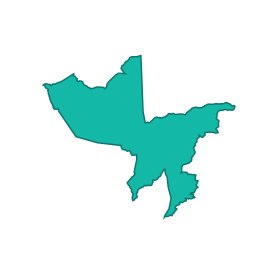 Caetité, Bahia, Brazil (orthographic projection), rotated 109°
{"feature_id": "56859067B25942812879091", "entity_name": "Caetité", "entity_type": "district", "adm_level": 2, "iso_a3": "BRA", "parent_name": "Brazil", "parent_adm1": "Bahia", "projection": "orthographic", "projection_center": [-42.469, -13.986], "detail": "fine", "context": "isolated", "style": "filled", "palette": "teal", "viewbox_px": 256, "rotation_deg": 109, "n_neighbors": 0, "source": "geoboundaries", "source_scale": "gbopen_adm2", "svg_char_len": 5710}
<svg xmlns="http://www.w3.org/2000/svg" viewBox="0 0 256 256"><g transform="rotate(109 128 128)"><path d="M128.4,209.5L129.5,208.0L129.8,207.2L130.7,207.0L131.6,206.1L132.1,205.3L132.8,205.4L132.8,204.6L133.6,204.6L134.2,203.9L133.8,203.0L133.7,201.9L133.1,201.0L132.5,200.3L134.9,198.7L149.2,179.6L153.1,174.3L151.9,152.3L146.8,128.8L147.7,128.5L148.6,127.9L149.3,127.2L150.1,126.0L149.8,125.1L149.7,124.0L149.7,122.8L150.1,122.0L150.0,120.8L149.4,120.1L149.0,119.2L149.5,118.2L150.3,117.7L152.4,115.4L152.3,114.7L151.6,113.2L150.5,111.2L155.3,109.4L165.0,108.2L168.1,107.7L168.3,107.0L169.1,106.5L170.1,106.7L171.3,107.1L172.3,107.6L173.1,108.3L174.4,108.6L175.0,108.8L175.9,109.5L176.8,109.6L177.8,110.0L178.5,110.4L179.2,110.7L180.0,110.9L180.6,110.5L181.7,109.1L182.6,107.4L183.3,107.1L184.4,105.6L184.6,105.0L185.2,104.4L186.5,104.3L187.3,103.8L188.1,102.5L188.6,102.0L189.2,101.6L191.9,101.5L192.5,101.4L195.1,100.0L194.6,99.2L194.2,98.8L193.3,98.7L192.7,98.4L192.1,97.9L191.3,97.5L190.4,96.8L187.9,98.4L187.0,98.6L186.5,98.3L185.6,98.0L183.8,98.5L182.6,98.0L181.7,97.6L180.9,96.6L180.2,96.1L179.6,95.4L179.1,95.0L178.5,94.2L177.5,94.0L176.9,93.4L176.7,92.8L176.7,91.9L176.1,91.1L175.7,90.5L175.2,88.3L174.6,87.3L173.7,86.9L173.0,87.0L172.3,86.9L170.9,86.9L170.3,87.0L169.7,87.6L169.0,87.4L168.9,86.2L168.2,85.0L167.5,84.2L166.2,83.3L164.5,83.0L163.0,81.7L162.0,81.5L161.2,81.9L160.5,81.7L159.5,81.3L156.8,80.8L155.6,80.4L155.0,79.9L159.8,77.2L161.5,75.1L170.8,70.7L180.3,64.4L191.2,62.9L198.8,64.6L200.6,64.5L199.8,64.1L199.3,63.4L198.5,61.2L196.5,59.8L196.8,58.7L196.5,57.8L196.0,57.6L195.0,57.9L194.0,57.7L193.6,57.0L192.2,56.6L191.4,56.5L189.2,55.5L188.4,55.7L188.8,56.5L188.8,57.3L187.9,57.5L187.0,57.5L186.4,57.3L185.1,56.3L184.6,55.9L184.2,55.1L183.7,54.6L183.1,54.4L182.4,54.4L181.9,55.1L181.2,54.7L180.7,52.1L179.7,51.7L178.8,50.7L178.0,49.3L176.9,49.5L176.5,50.1L176.0,50.8L175.5,49.9L175.4,47.8L174.7,47.1L174.5,45.5L174.0,44.6L172.6,43.8L172.7,42.9L171.9,42.3L171.5,43.1L171.8,43.7L171.5,44.3L170.5,44.2L169.7,44.3L169.5,44.9L169.8,46.0L170.4,47.5L169.6,47.2L168.6,47.2L168.0,45.4L167.5,44.4L163.2,43.9L162.3,43.4L161.7,42.9L161.2,42.6L160.8,43.4L160.5,44.3L159.8,45.2L158.7,44.7L157.1,44.8L155.6,44.5L155.0,44.8L155.5,46.2L155.6,47.0L155.1,47.6L154.4,47.6L153.2,48.2L152.5,48.5L150.6,48.4L150.5,49.3L151.5,53.8L151.6,54.7L152.4,56.0L151.1,57.4L150.9,58.3L151.3,60.2L151.7,61.1L151.8,61.8L152.1,62.4L153.2,63.1L151.4,63.2L149.9,63.6L148.9,64.1L147.4,64.3L146.4,64.4L145.1,64.0L144.5,63.5L143.3,61.6L142.7,60.8L141.8,60.0L141.0,58.6L139.5,58.1L138.8,57.4L138.0,57.3L135.9,57.9L134.7,57.9L130.5,56.7L129.8,56.5L128.9,56.7L127.3,58.0L126.6,58.8L125.3,59.5L124.7,59.6L124.0,59.3L122.8,58.6L120.9,59.4L120.2,59.3L119.0,58.5L118.0,58.5L116.7,59.1L116.0,59.1L115.3,58.9L114.5,58.2L113.5,57.8L112.8,57.8L112.3,58.1L111.6,58.5L111.7,57.4L112.3,56.6L112.7,55.6L112.6,54.8L112.3,54.2L111.5,53.8L110.5,53.6L109.9,52.9L109.2,53.0L108.5,53.5L107.4,53.8L106.4,51.7L106.0,51.2L105.8,50.7L105.4,49.5L105.1,48.7L104.8,47.9L104.4,45.3L104.3,43.7L103.5,41.9L103.0,41.3L101.8,42.5L101.2,42.9L100.6,44.4L99.9,44.6L99.0,44.1L97.5,43.0L96.9,42.8L96.2,43.2L94.7,43.8L91.3,44.6L90.8,47.0L90.3,47.5L89.4,47.7L88.6,47.6L86.9,48.0L86.2,48.3L85.5,48.4L84.5,48.4L83.8,48.3L83.0,48.1L81.2,46.7L81.0,45.9L80.8,45.0L80.3,44.0L79.1,42.8L78.7,41.9L78.7,40.9L78.8,40.1L78.6,39.3L77.8,37.8L77.4,35.9L77.1,35.0L76.4,34.2L75.6,33.9L74.7,34.0L72.8,33.9L72.4,34.5L72.4,35.3L73.3,37.0L72.5,38.5L72.1,39.0L72.4,39.9L72.0,41.0L72.0,42.1L71.8,43.0L72.3,44.0L72.9,44.4L73.9,45.6L74.1,46.3L74.7,47.2L74.8,48.2L75.8,49.7L75.9,50.9L76.2,51.8L76.3,52.6L78.1,55.6L78.2,56.4L78.6,57.0L78.8,57.7L78.7,58.4L79.2,59.1L79.4,60.1L80.7,61.4L81.4,62.0L81.8,62.8L82.6,63.0L83.4,63.6L83.9,64.4L84.5,64.5L84.9,65.1L85.2,66.5L85.7,67.3L86.0,68.1L86.1,68.9L86.0,69.9L86.3,70.8L87.6,72.9L88.2,73.4L88.7,74.1L90.3,74.5L91.4,75.6L92.4,76.2L92.9,76.6L93.6,76.8L94.3,77.4L95.0,77.8L95.7,77.7L96.8,78.1L97.0,79.4L97.0,80.2L97.1,81.2L97.5,82.1L98.1,84.1L99.7,87.3L99.9,88.0L99.9,88.7L99.5,89.2L99.4,89.9L100.3,91.0L100.6,91.6L100.8,92.7L100.9,93.4L101.1,94.1L101.6,94.5L102.4,94.6L103.3,95.0L103.9,95.6L105.6,96.6L106.1,97.8L106.5,98.3L107.2,98.9L107.5,99.4L107.6,100.3L108.0,101.0L108.3,103.1L108.3,104.2L108.6,104.9L110.0,106.2L111.1,106.8L111.9,107.0L114.1,108.4L114.9,108.5L115.9,109.3L116.4,110.2L116.1,111.1L116.7,112.0L117.3,112.7L117.6,113.3L107.9,119.0L56.1,139.1L55.4,139.4L57.6,142.7L58.7,145.3L58.9,146.4L59.3,147.5L60.0,148.3L60.7,149.1L61.4,149.4L62.5,149.4L63.4,149.8L64.5,150.1L65.1,150.8L65.6,151.5L66.8,151.8L67.5,152.3L69.3,152.4L70.0,153.0L70.6,153.3L71.0,153.9L71.9,154.0L74.2,153.8L74.8,153.0L75.5,151.8L76.5,150.6L77.2,149.5L77.5,148.5L79.4,155.0L82.1,157.0L90.5,161.3L92.7,161.9L93.5,162.0L95.0,162.0L95.8,161.7L96.8,162.0L97.9,162.2L98.4,162.7L97.8,163.6L97.7,164.4L98.5,168.1L98.9,169.0L99.1,170.2L100.3,172.1L101.3,173.1L101.8,173.9L102.7,175.5L102.8,176.3L102.6,177.1L102.6,177.8L102.4,179.3L102.0,180.2L101.6,182.0L101.6,183.6L101.2,184.3L100.4,185.0L99.5,185.5L99.0,186.1L99.0,187.0L98.8,187.7L99.4,188.6L99.3,189.3L100.1,189.8L100.3,191.2L100.0,191.8L99.3,191.5L98.6,192.1L97.9,192.1L97.9,193.0L96.9,194.2L96.4,194.9L96.5,195.7L96.4,196.6L95.8,196.9L95.0,196.7L94.4,197.0L105.7,206.0L109.3,210.5L110.3,211.2L110.6,212.0L110.5,212.8L110.9,213.3L111.8,213.8L112.7,213.8L113.1,214.7L112.6,215.0L112.2,215.9L112.7,217.9L112.8,219.4L113.3,220.7L113.8,221.3L115.0,222.1L115.2,220.5L116.8,219.1L116.9,218.0L117.2,216.3L117.8,215.8L118.7,216.1L120.2,215.0L122.2,214.0L122.6,213.5L122.9,212.8L123.8,212.8L124.3,212.1L125.1,211.9L125.8,211.3L126.6,210.9L127.0,210.4L128.4,209.5Z" fill="#14b8a6" stroke="#0f766e" stroke-width="1.5"/></g></svg>